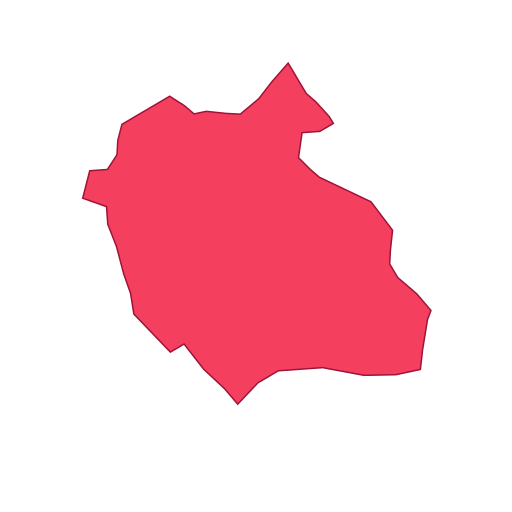 Sinchon, Hwanghae-namdo, North Korea (Robinson projection), rotated 59°
{"feature_id": "82179303B96637573116833", "entity_name": "Sinchon", "entity_type": "district", "adm_level": 2, "iso_a3": "PRK", "parent_name": "North Korea", "parent_adm1": "Hwanghae-namdo", "projection": "robinson", "projection_center": [125.442, 38.3], "detail": "fine", "context": "isolated", "style": "filled", "palette": "rose", "viewbox_px": 512, "rotation_deg": 59, "n_neighbors": 0, "source": "geoboundaries", "source_scale": "gbopen_adm2", "svg_char_len": 846}
<svg xmlns="http://www.w3.org/2000/svg" viewBox="0 0 512 512"><g transform="rotate(59 256 256)"><path d="M107.2,129.1L114.9,152.9L122.6,172.7L126.3,196.4L118.3,208.3L106.4,224.1L102.3,235.9L90.4,239.9L74.6,247.7L74.4,267.5L74.2,287.3L74.1,303.1L85.8,315.0L97.6,323.0L105.3,338.8L97.3,354.6L117.2,374.8L136.7,358.7L152.4,366.7L176.0,370.7L203.5,378.7L223.2,382.7L242.9,390.6L294.3,378.9L294.4,363.0L326.0,359.2L353.6,351.3L373.6,348.0L365.7,319.7L365.9,296.0L386.0,256.4L413.9,224.9L429.8,197.2L437.9,173.5L422.3,161.6L398.8,141.7L392.8,134.1L371.2,137.7L347.5,145.6L331.7,145.5L320.0,137.6L304.3,125.7L268.8,129.5L245.0,145.3L233.1,153.2L221.2,161.1L209.4,165.0L193.6,168.9L174.0,153.0L182.0,137.2L182.2,121.4L174.3,121.4L154.6,125.3L142.7,129.2L126.9,129.2L115.1,129.1L107.2,129.1Z" fill="#f43f5e" stroke="#9f1239" stroke-width="1.5"/></g></svg>